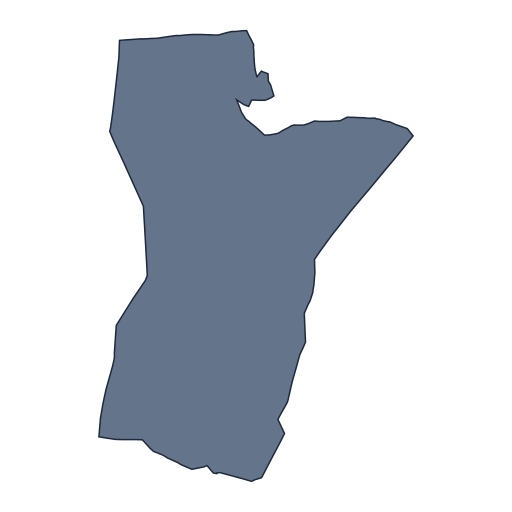 outline of Al-Baaj, Ninawa, Iraq
{"feature_id": "34846034B31604409144822", "entity_name": "Al-Baaj", "entity_type": "district", "adm_level": 2, "iso_a3": "IRQ", "parent_name": "Iraq", "parent_adm1": "Ninawa", "projection": "mercator", "projection_center": [41.748, 35.687], "detail": "fine", "context": "isolated", "style": "filled", "palette": "slate", "viewbox_px": 512, "rotation_deg": 0, "n_neighbors": 0, "source": "geoboundaries", "source_scale": "gbopen_adm2", "svg_char_len": 2477}
<svg xmlns="http://www.w3.org/2000/svg" viewBox="0 0 512 512"><path d="M357.0,117.5L354.7,117.4L347.1,117.2L340.0,120.8L328.8,121.4L319.1,121.4L314.5,121.0L308.1,123.7L306.9,124.0L304.2,125.0L299.4,125.2L294.2,125.0L291.3,125.8L288.6,127.5L284.7,129.4L282.6,130.5L278.4,133.2L275.8,133.8L273.5,134.2L271.9,134.5L270.1,134.9L264.5,135.1L262.4,133.2L259.0,130.0L255.3,126.7L254.0,125.6L250.7,123.1L248.9,121.4L246.8,120.0L245.3,118.5L244.1,116.4L241.6,112.6L239.9,108.0L237.8,102.7L236.6,99.8L239.0,101.4L243.5,104.4L246.0,105.5L248.7,106.4L251.2,100.9L252.0,100.0L259.0,100.3L265.0,100.3L267.9,99.2L269.9,98.3L272.0,97.2L273.9,95.9L272.5,91.2L271.5,88.0L270.6,84.9L268.4,81.2L268.2,78.2L268.0,73.7L263.8,72.2L262.8,71.8L261.4,71.1L259.8,73.0L258.5,74.9L257.0,76.7L256.3,74.8L255.7,72.1L255.4,70.8L254.8,67.5L254.3,62.3L253.9,55.5L253.8,50.8L253.4,47.6L253.7,44.9L252.9,43.2L250.9,39.1L248.9,35.5L246.7,30.7L243.1,30.7L236.3,31.4L233.8,31.5L232.0,31.5L231.0,31.7L227.4,32.5L222.9,33.7L218.7,35.0L214.1,35.0L206.6,34.7L201.6,34.5L197.2,34.5L192.3,34.5L189.1,34.7L185.2,35.0L179.6,35.6L176.8,35.5L173.1,35.9L169.7,36.4L165.7,37.0L160.8,37.7L159.2,38.0L156.6,38.3L150.3,38.5L146.3,38.8L142.6,38.9L139.9,38.9L134.4,39.3L128.8,39.7L125.6,39.9L124.2,40.0L119.5,40.4L118.9,57.1L117.4,71.3L116.0,83.9L114.2,99.9L112.3,115.5L110.5,127.9L109.7,131.4L113.4,140.2L123.6,162.3L143.4,206.2L145.7,246.4L147.3,275.5L145.2,280.7L133.1,298.5L116.3,325.3L114.4,352.4L114.4,357.9L112.6,366.0L106.0,389.5L103.1,403.0L100.5,417.8L98.9,436.8L105.3,437.9L115.4,439.4L123.3,439.6L136.1,439.6L142.4,439.8L150.1,448.3L153.5,451.4L162.6,455.0L167.9,458.2L177.2,462.3L181.5,464.9L191.9,469.3L203.8,466.9L207.1,465.6L211.9,471.4L213.6,473.1L216.8,473.6L216.8,472.9L220.0,472.6L244.0,479.1L248.7,480.5L251.6,481.3L253.4,480.5L255.0,479.7L261.6,477.7L266.0,469.2L271.4,458.8L275.8,450.5L280.9,440.8L284.5,433.5L277.9,419.4L281.8,412.1L284.7,407.1L287.4,402.1L287.9,400.5L289.8,392.2L291.4,385.3L292.5,380.7L297.0,364.9L298.6,358.9L299.9,354.5L303.0,347.9L305.5,342.2L304.3,313.3L306.0,309.3L308.2,304.3L310.1,300.8L312.8,292.4L313.3,288.0L313.8,286.0L314.9,272.6L314.5,259.4L320.6,250.5L331.3,235.8L341.5,222.9L350.5,211.4L361.4,198.4L370.7,187.5L380.9,175.1L395.3,157.9L410.8,138.8L413.1,135.9L407.3,128.6L401.9,126.7L395.8,124.6L389.9,121.9L387.6,121.6L382.9,120.6L379.7,119.3L377.0,118.9L374.8,118.1L368.8,118.3L363.6,117.7L360.7,117.7L357.0,117.5Z" fill="#64748b" stroke="#1e293b" stroke-width="1.5"/></svg>